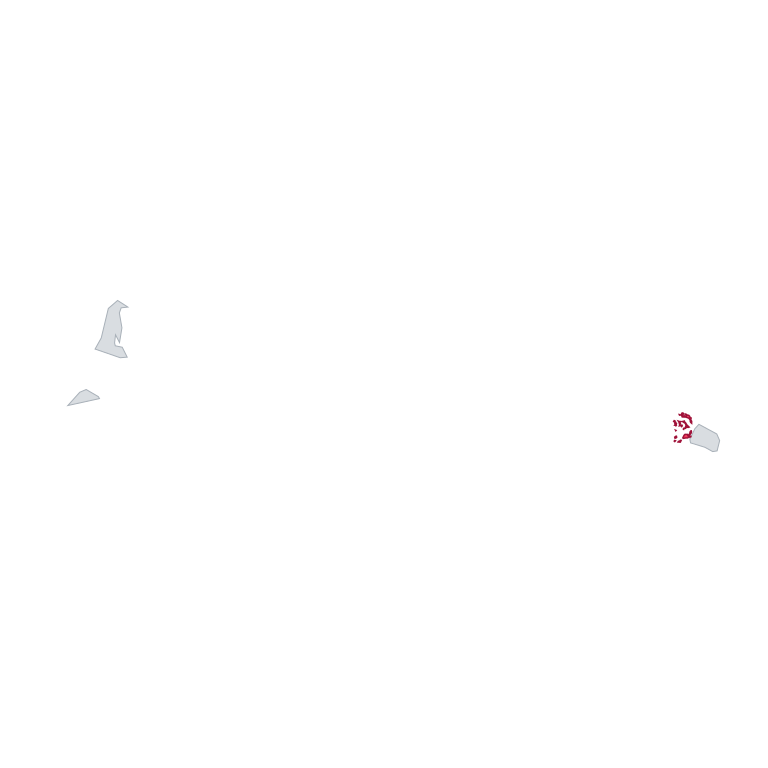 location of Motu, Tonga, rotated 76°
{"feature_id": "48082658B71435976816388", "entity_name": "Motu", "entity_type": "district", "adm_level": 2, "iso_a3": "TON", "parent_name": "Tonga", "parent_adm1": "", "projection": "orthographic", "projection_center": [-174.08, -18.719], "detail": "medium", "context": "in_parent", "style": "filled", "palette": "rose", "viewbox_px": 768, "rotation_deg": 76, "n_neighbors": 0, "source": "geoboundaries", "source_scale": "gbopen_adm2", "svg_char_len": 2366}
<svg xmlns="http://www.w3.org/2000/svg" viewBox="0 0 768 768"><g transform="rotate(76 384 384)"><path d="M279.0,635.5L281.9,635.5L285.0,629.1L295.8,626.7L294.7,633.6L280.2,655.9L270.9,647.2L244.0,633.2L238.5,622.3L247.4,613.9L246.5,620.6L251.0,623.6L266.1,624.7L279.8,630.6L271.3,632.6L279.0,635.5ZM523.0,88.0L515.3,100.8L511.6,100.6L502.6,93.2L499.3,88.2L513.0,73.2L520.1,72.0L529.5,77.0L529.1,81.4L523.0,88.0ZM329.3,663.6L328.4,696.0L318.4,681.2L317.3,674.3L327.2,664.2L329.3,663.6Z" fill="#d9dde1" stroke="#a8b0b8" stroke-width="1"/><path d="M509.8,102.3L508.6,100.2L507.4,99.7L505.9,97.8L504.7,97.2L503.8,97.2L503.8,97.8L504.5,98.6L506.4,99.5L507.8,101.0L507.6,101.7L506.4,101.5L505.7,104.1L506.4,105.3L508.6,107.1L509.2,106.6L509.3,104.5L509.8,102.3ZM489.1,99.2L490.9,96.5L493.0,95.6L494.5,95.9L495.5,95.7L496.5,95.0L494.6,94.5L492.9,95.0L491.3,94.2L490.6,95.2L489.4,95.2L488.1,95.9L487.7,97.0L486.1,98.5L486.2,98.8L487.6,98.2L488.1,98.3L488.4,99.3L487.5,100.3L487.9,101.3L487.6,101.9L486.7,102.3L486.8,102.8L488.1,102.6L489.1,99.2ZM500.0,102.2L499.1,100.9L499.7,99.4L499.6,98.4L496.7,100.2L494.5,100.8L493.8,101.4L492.6,101.5L492.6,103.5L495.3,101.0L496.2,101.1L496.7,100.8L496.5,100.4L497.0,100.8L497.7,100.3L498.3,101.1L497.3,100.8L497.5,101.1L499.6,102.5L499.5,104.1L501.1,104.6L499.7,103.6L500.0,102.2ZM492.0,111.1L493.1,111.5L494.2,111.3L494.4,111.7L494.6,111.2L495.2,110.9L494.7,110.2L493.9,110.3L492.9,109.7L492.1,110.4L491.4,110.3L490.8,111.0L490.0,110.7L489.7,111.3L490.5,112.0L491.0,111.3L492.0,111.1ZM486.3,101.4L485.4,100.9L485.6,100.2L484.6,100.8L484.2,101.7L485.4,102.9L486.5,102.4L486.3,101.4ZM492.3,104.6L492.0,106.2L491.2,107.4L492.5,107.0L494.8,107.0L493.9,106.0L493.2,106.5L492.6,106.3L492.3,104.6ZM505.4,112.9L505.3,113.5L505.9,114.8L506.9,114.8L507.1,114.0L506.5,112.9L505.4,112.9ZM512.1,110.5L510.6,109.3L510.3,110.0L511.0,111.0L510.9,112.2L511.4,112.7L511.6,112.1L511.3,111.8L511.5,111.3L511.9,111.3L512.1,110.5ZM495.9,104.9L495.9,105.6L496.4,106.0L497.3,105.7L496.8,104.7L495.9,104.9ZM509.6,114.9L509.1,115.6L509.6,116.2L510.2,115.8L509.6,114.9ZM495.4,106.6L495.5,107.2L496.0,107.5L495.9,106.7L495.4,106.6ZM509.0,98.9L508.9,99.2L509.5,99.6L509.4,99.0L509.0,98.9ZM485.8,104.2L485.3,104.5L485.1,104.9L485.7,104.8L485.8,104.2ZM499.7,111.9L499.4,112.3L499.9,112.2L499.7,111.9Z" fill="#f43f5e" stroke="#9f1239" stroke-width="1.5"/></g></svg>